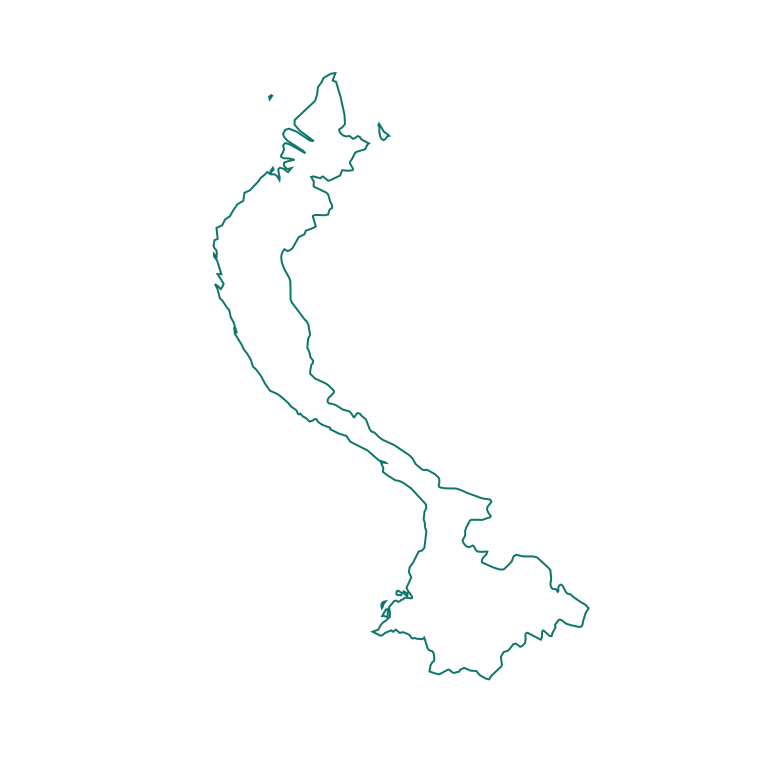 the border of Vietnam, rotated 164°
{"feature_id": "VNM", "entity_name": "Vietnam", "entity_type": "country or territory", "adm_level": 0, "iso_a3": "VNM", "parent_name": "Asia", "parent_adm1": "", "projection": "robinson", "projection_center": [106.111, 15.964], "detail": "fine", "context": "isolated", "style": "outline", "palette": "teal", "viewbox_px": 768, "rotation_deg": 164, "n_neighbors": 0, "source": "natural_earth", "source_scale": "50m", "svg_char_len": 6134}
<svg xmlns="http://www.w3.org/2000/svg" viewBox="0 0 768 768"><g transform="rotate(164 384 384)"><path d="M463.2,149.0L457.2,149.5L453.5,153.3L450.9,154.9L446.9,156.3L442.6,158.5L441.4,162.3L440.6,168.2L433.7,172.7L431.7,172.3L430.4,170.6L428.3,170.9L426.9,171.8L425.3,171.6L423.4,172.7L421.0,172.3L417.5,170.6L416.0,170.5L415.7,172.2L418.0,178.8L418.6,181.8L411.1,190.6L411.9,196.3L409.9,200.7L405.4,204.2L397.0,213.3L393.2,213.5L390.3,215.5L384.0,230.4L384.0,235.5L383.0,239.3L383.2,242.9L380.4,249.9L377.6,252.9L376.9,256.7L386.8,276.4L393.3,284.3L396.2,286.7L399.7,288.4L406.1,295.5L409.3,300.0L407.8,303.1L408.6,309.6L404.0,307.7L404.5,308.4L410.0,312.0L418.0,324.5L432.2,337.7L434.5,344.4L441.0,348.8L448.1,355.2L447.8,356.7L454.6,361.8L457.6,365.4L458.7,368.8L460.5,369.4L462.5,368.5L465.9,368.4L468.1,372.2L471.1,375.5L472.6,378.6L473.8,378.2L474.8,378.7L475.5,382.9L479.5,387.9L481.5,392.5L486.3,400.1L489.9,404.4L495.4,408.9L498.3,417.2L499.8,424.8L502.9,433.2L505.2,436.9L505.3,443.8L507.2,451.0L509.2,455.8L509.9,460.7L513.5,473.3L512.9,477.2L511.4,473.4L511.6,484.6L512.9,490.5L512.4,497.8L513.8,500.4L516.3,508.6L518.1,511.5L517.9,521.6L518.9,526.6L516.5,523.6L514.8,520.2L512.5,522.0L510.5,524.7L513.7,535.5L510.1,534.4L510.4,548.9L511.9,552.3L512.1,554.0L511.6,555.9L510.6,553.8L510.4,551.6L509.8,552.1L509.9,553.2L508.6,555.8L508.3,558.9L509.6,561.6L509.8,563.7L507.4,568.9L503.9,569.3L502.0,580.2L495.8,581.1L491.4,586.0L485.8,587.8L480.9,592.7L475.4,597.2L468.8,598.8L465.4,606.3L459.6,607.1L449.1,613.3L445.6,616.2L442.4,617.4L437.8,619.9L435.3,616.8L431.4,615.7L429.4,613.2L428.3,608.8L427.5,610.6L426.8,618.1L426.1,619.8L424.4,620.6L421.1,618.4L417.9,614.1L413.4,617.1L416.9,617.2L418.4,618.0L419.8,620.9L419.8,622.4L419.1,624.3L414.8,624.6L408.1,624.2L413.3,627.0L418.0,628.6L420.1,630.4L420.1,631.9L417.4,634.3L415.4,637.2L415.3,641.0L413.0,642.7L411.6,642.4L407.6,639.4L395.9,627.4L397.7,630.8L409.7,644.4L411.9,648.9L412.2,652.0L408.9,655.5L404.9,655.6L398.4,650.6L388.1,638.4L384.5,636.8L395.0,650.6L396.7,654.0L398.5,657.9L397.1,662.4L372.2,675.2L368.5,680.8L365.6,687.6L360.7,691.4L357.8,694.9L349.5,696.9L345.0,696.3L349.7,689.9L346.8,687.6L346.6,671.3L347.8,653.5L349.9,644.6L353.1,642.4L357.0,641.0L357.1,639.1L356.7,637.0L354.6,634.0L352.3,632.5L348.8,631.9L346.2,628.2L344.2,628.4L341.0,629.6L339.1,628.0L338.4,625.5L332.2,619.4L333.7,618.9L337.4,614.9L346.7,614.7L348.0,614.2L353.0,608.8L355.3,607.1L355.9,605.7L354.4,599.2L355.3,598.2L359.5,598.8L365.3,601.0L368.7,596.5L379.6,594.7L381.7,594.8L385.4,600.2L386.2,600.4L388.5,599.3L394.5,603.0L396.9,603.1L395.7,597.7L397.1,593.9L396.8,592.8L386.8,584.0L385.5,581.9L385.4,573.8L384.7,570.7L385.3,567.5L388.1,566.7L391.1,562.3L394.7,562.6L403.5,565.5L405.7,565.3L406.2,564.8L406.2,554.2L409.4,553.5L416.9,552.9L419.3,549.8L425.5,548.7L433.9,540.3L435.9,539.1L438.4,538.4L440.3,538.5L442.6,541.0L444.6,539.5L446.8,536.6L448.0,533.7L448.7,529.1L448.2,522.1L445.9,512.5L445.7,508.4L450.5,491.1L450.0,487.5L442.4,467.6L441.4,466.4L440.3,461.9L441.5,451.6L444.6,448.1L447.8,439.7L447.2,437.4L447.0,432.6L447.4,430.3L445.7,425.7L446.3,424.0L448.5,422.5L451.4,416.8L452.1,414.1L448.8,408.3L440.4,401.1L438.2,398.6L434.9,393.2L434.0,390.9L434.9,389.3L441.2,385.8L442.4,384.5L443.1,382.6L442.5,380.7L438.8,378.9L435.9,376.7L430.4,370.6L425.3,367.5L423.9,365.7L422.3,360.6L421.6,360.2L418.2,363.3L416.6,363.0L415.1,361.6L414.4,359.7L411.1,354.9L410.3,345.3L409.4,342.0L406.6,340.0L403.2,334.0L400.8,330.9L391.1,322.5L379.5,308.8L377.1,304.7L375.7,298.4L370.9,291.2L368.7,290.1L366.3,289.7L360.0,283.4L358.2,280.5L357.2,278.6L357.2,276.7L358.2,273.4L359.4,271.6L359.4,270.1L358.3,268.9L353.8,266.8L343.6,263.7L339.8,261.2L333.6,256.0L321.2,247.0L314.2,243.9L313.3,242.4L313.4,240.9L318.3,237.5L319.6,234.9L319.2,231.4L317.8,227.9L318.5,226.7L326.9,226.3L337.4,229.4L338.9,229.1L344.6,223.3L346.8,219.9L347.3,217.0L348.4,215.2L351.5,212.2L351.5,209.4L350.0,205.8L348.5,204.4L347.2,203.7L343.1,204.2L342.3,203.4L341.5,199.0L340.1,197.1L335.6,195.4L331.8,194.9L330.9,194.2L332.4,192.3L337.0,189.4L338.6,187.5L338.9,185.5L330.3,178.1L324.6,174.2L321.2,172.9L319.4,173.0L313.1,176.4L309.8,178.6L307.0,182.5L304.0,183.4L297.7,179.9L288.5,177.3L284.6,175.1L276.6,162.0L275.4,159.3L276.7,151.9L277.6,149.1L279.0,146.4L279.4,144.0L279.1,141.7L277.9,140.3L275.3,139.4L274.2,136.3L273.5,136.7L272.5,140.5L271.3,141.8L269.7,142.5L268.5,141.9L267.8,140.4L266.6,134.4L265.7,132.2L262.2,129.9L260.6,127.0L255.4,120.6L251.1,116.1L249.1,112.1L253.2,108.4L258.3,100.7L259.4,98.1L260.2,97.1L261.8,96.3L263.5,96.7L270.9,100.7L274.9,103.3L278.7,108.4L280.4,109.2L281.3,109.0L286.1,105.2L286.1,103.0L290.9,97.9L292.1,95.8L293.1,95.5L294.2,96.2L298.4,102.8L299.2,103.2L300.3,102.2L302.0,97.0L303.8,95.0L314.6,105.3L315.6,105.3L316.7,104.8L317.4,103.3L318.2,99.9L319.7,96.3L323.0,94.2L325.5,93.8L328.6,98.0L331.3,98.3L337.0,94.1L338.9,93.4L342.9,93.3L346.9,89.5L348.0,81.5L349.4,80.0L361.3,73.9L364.4,71.1L367.2,72.7L370.4,75.8L372.4,78.1L374.4,82.7L379.6,84.5L385.2,89.0L389.5,88.4L390.9,86.8L396.3,87.0L397.6,87.7L400.0,91.3L401.1,91.8L410.7,89.7L413.7,91.1L419.5,95.1L416.6,101.1L414.1,103.3L412.2,103.9L411.1,106.9L410.5,111.4L411.2,113.7L414.2,115.9L414.9,117.9L415.2,129.1L417.6,128.1L422.9,130.2L424.8,131.5L426.5,131.4L427.8,132.7L428.3,135.2L429.8,136.9L434.1,140.2L437.5,140.4L440.4,144.7L443.5,143.3L444.9,145.2L451.1,144.5L455.4,142.8L457.0,143.2L463.2,149.0ZM318.7,620.2L319.4,622.4L319.1,627.3L317.7,632.1L318.1,634.2L317.0,635.6L314.5,626.5L311.4,622.6L310.7,621.1L312.5,621.2L315.8,618.7L317.4,618.7L318.7,620.2ZM449.7,161.4L444.4,166.7L442.4,166.6L444.2,160.6L445.1,159.1L448.2,161.2L449.7,161.4ZM428.8,181.3L427.3,181.4L424.3,178.0L425.9,176.2L429.2,177.5L430.0,178.3L430.0,179.0L428.8,181.3ZM446.7,173.7L444.7,174.8L442.3,174.6L445.2,172.6L446.7,170.0L447.8,169.1L447.8,171.3L446.7,173.7ZM422.7,178.4L422.3,179.2L419.1,176.3L420.1,173.6L422.3,176.6L422.7,178.4ZM434.3,620.0L431.2,622.5L431.0,620.4L433.7,619.0L434.7,617.9L435.4,617.9L434.3,620.0ZM415.2,691.9L412.8,692.7L412.0,691.9L415.4,689.1L415.2,691.9Z" fill="none" stroke="#0f766e" stroke-width="2"/></g></svg>